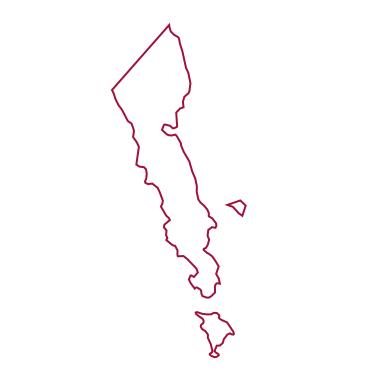 the district of Door, Wisconsin, United States of America, rotated 131°
{"feature_id": "52423323B99024056145108", "entity_name": "Door", "entity_type": "district", "adm_level": 2, "iso_a3": "USA", "parent_name": "United States of America", "parent_adm1": "Wisconsin", "projection": "mercator", "projection_center": [-87.16, 45.052], "detail": "fine", "context": "isolated", "style": "outline", "palette": "rose", "viewbox_px": 384, "rotation_deg": 131, "n_neighbors": 0, "source": "geoboundaries", "source_scale": "gbopen_adm2", "svg_char_len": 2364}
<svg xmlns="http://www.w3.org/2000/svg" viewBox="0 0 384 384"><g transform="rotate(131 192 192)"><path d="M167.5,319.3L168.7,316.4L172.2,310.4L174.6,304.6L176.0,298.4L180.5,287.1L180.1,282.5L181.7,279.5L183.9,275.9L189.2,272.5L190.7,266.3L192.8,261.7L207.8,252.0L207.4,248.5L204.8,244.5L205.1,241.5L207.9,238.1L212.1,235.2L214.9,234.4L215.7,233.1L214.8,230.3L211.7,227.5L211.4,220.6L213.2,216.5L217.6,208.4L219.9,206.9L223.4,205.8L226.8,195.8L226.9,192.1L227.7,190.3L234.8,191.4L237.1,190.0L237.7,186.1L241.6,183.2L242.9,180.4L245.1,179.9L245.0,173.2L244.5,170.7L243.7,169.4L245.7,164.4L248.7,162.1L249.8,160.5L245.9,156.4L245.7,151.2L246.9,138.4L248.9,134.8L254.9,134.8L255.4,137.7L256.0,138.3L260.0,137.0L261.7,133.1L263.1,126.6L262.2,126.7L260.8,125.7L260.2,122.4L260.4,120.5L262.7,118.0L263.7,115.7L262.0,111.6L260.6,110.0L258.1,109.1L252.6,108.7L248.5,112.6L246.2,113.6L244.3,113.2L242.9,110.8L239.7,115.1L238.0,120.0L230.7,123.0L228.9,128.3L227.3,134.5L227.6,139.0L228.1,140.5L228.0,145.4L227.1,145.8L224.9,144.8L221.4,145.5L217.7,147.3L216.7,147.9L214.8,151.5L210.0,154.8L205.5,153.9L203.6,150.8L201.4,151.5L199.8,153.4L198.6,159.5L199.3,163.4L196.8,165.6L195.2,168.9L194.4,174.2L194.4,178.7L193.4,182.5L188.8,188.5L184.3,192.3L179.7,198.4L176.3,205.4L170.6,214.2L167.1,224.6L164.2,230.5L162.7,232.1L161.5,235.2L159.9,239.8L159.6,242.2L162.7,244.4L164.6,247.1L165.0,248.8L164.8,255.4L159.8,257.2L158.7,256.6L156.4,251.9L156.6,248.7L156.3,247.9L153.2,246.2L152.3,246.2L142.4,256.0L136.9,255.8L133.6,254.0L129.8,258.1L125.2,260.2L119.8,259.5L117.8,260.0L111.0,264.5L104.5,272.9L102.3,277.9L92.3,291.3L88.1,298.2L84.5,302.8L84.3,304.7L85.1,308.4L84.8,313.3L82.4,317.1L80.9,318.8L167.5,319.3ZM267.1,90.8L267.1,94.1L269.1,96.4L271.6,97.2L274.4,100.2L277.2,104.3L279.4,109.5L280.6,110.1L281.3,109.0L281.3,105.9L280.7,100.7L281.7,98.6L283.4,97.5L286.5,97.9L287.9,97.1L288.8,94.5L288.2,90.4L289.2,86.4L291.7,84.3L294.5,78.0L298.6,72.3L300.1,71.7L302.4,72.4L303.1,71.9L303.0,70.0L302.0,66.7L300.3,65.3L297.6,64.7L297.0,65.6L297.5,68.8L297.2,70.7L291.7,72.5L289.7,70.3L285.9,69.7L282.2,71.4L276.3,71.8L273.8,70.6L273.3,68.5L272.4,67.2L271.6,67.3L270.3,69.2L267.4,80.0L269.2,85.8L269.5,88.5L269.0,89.5L267.8,89.8L267.1,90.8ZM167.0,142.6L166.7,150.0L178.5,156.8L176.4,151.4L177.4,142.6L176.9,138.4L167.0,142.6Z" fill="none" stroke="#9f1239" stroke-width="2"/></g></svg>